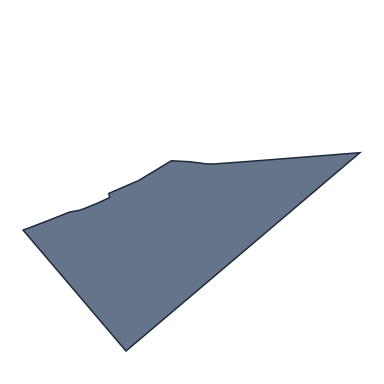 the district of Toujounine, Nouakchott, Mauritania, rotated 50°
{"feature_id": "47542326B78041808774540", "entity_name": "Toujounine", "entity_type": "district", "adm_level": 2, "iso_a3": "MRT", "parent_name": "Mauritania", "parent_adm1": "Nouakchott", "projection": "albers", "projection_center": [-15.928, 18.086], "detail": "fine", "context": "isolated", "style": "filled", "palette": "slate", "viewbox_px": 384, "rotation_deg": 50, "n_neighbors": 0, "source": "geoboundaries", "source_scale": "gbopen_adm2", "svg_char_len": 421}
<svg xmlns="http://www.w3.org/2000/svg" viewBox="0 0 384 384"><g transform="rotate(50 192 192)"><path d="M112.6,345.9L271.4,344.8L270.6,174.8L269.8,38.1L205.3,128.5L189.6,150.3L184.4,157.4L179.7,162.9L167.6,174.0L154.8,187.7L148.8,226.0L146.7,232.7L139.6,256.6L140.6,257.2L143.3,258.6L139.6,272.3L135.4,285.3L133.6,290.0L128.6,298.8L121.8,319.5L112.6,345.9Z" fill="#64748b" stroke="#1e293b" stroke-width="1.5"/></g></svg>